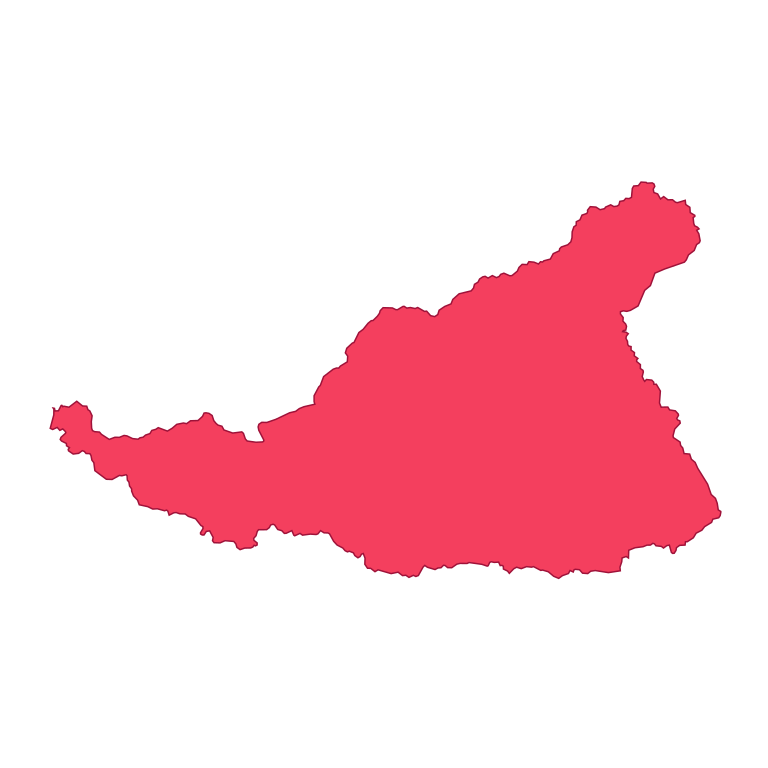 Chiure, Cabo Delgado, Mozambique (Robinson projection), rotated 179°
{"feature_id": "85939544B26812417695120", "entity_name": "Chiure", "entity_type": "district", "adm_level": 2, "iso_a3": "MOZ", "parent_name": "Mozambique", "parent_adm1": "Cabo Delgado", "projection": "robinson", "projection_center": [39.723, -13.545], "detail": "fine", "context": "isolated", "style": "filled", "palette": "rose", "viewbox_px": 768, "rotation_deg": 179, "n_neighbors": 0, "source": "geoboundaries", "source_scale": "gbopen_adm2", "svg_char_len": 6104}
<svg xmlns="http://www.w3.org/2000/svg" viewBox="0 0 768 768"><g transform="rotate(179 384 384)"><path d="M162.9,191.5L151.0,193.1L151.3,196.7L149.4,202.1L149.0,205.9L144.9,207.3L142.6,205.8L142.2,213.5L135.9,215.9L127.8,216.8L123.9,218.3L120.4,218.3L118.0,220.0L116.4,219.5L114.9,217.5L109.5,216.8L107.4,215.1L104.0,217.5L101.5,217.9L99.6,210.6L98.4,209.6L96.8,209.7L95.0,212.4L94.4,215.3L91.2,217.5L85.8,217.7L85.3,221.0L83.5,221.0L77.4,224.8L74.5,229.4L68.7,232.3L65.9,235.8L58.9,239.9L57.6,243.1L51.7,244.4L50.2,246.5L49.5,249.7L49.5,250.7L52.0,252.3L52.9,258.9L54.6,263.9L58.8,267.8L62.2,278.2L71.8,294.3L74.3,300.2L78.0,303.4L79.6,308.6L85.2,309.2L86.4,314.8L88.5,317.4L89.0,320.8L95.6,325.4L95.9,327.2L94.1,333.9L88.5,339.7L88.9,342.0L91.0,342.9L91.9,344.4L90.1,347.5L90.3,348.8L93.2,352.1L98.9,353.1L100.6,356.0L107.3,356.0L108.9,360.2L107.8,372.1L111.7,379.0L114.2,379.0L114.3,381.1L116.2,383.2L121.5,383.9L123.3,382.1L124.2,383.4L125.7,386.9L124.5,391.5L124.8,393.1L127.4,395.0L127.3,398.9L131.0,402.1L130.9,403.8L129.7,405.1L133.3,407.8L133.0,411.0L136.4,413.6L136.3,417.1L138.4,417.6L139.6,419.1L139.8,422.4L141.3,425.4L140.8,427.7L138.9,430.0L141.1,431.6L144.5,432.2L143.8,433.2L141.3,433.7L140.5,437.4L141.3,439.7L144.0,442.7L143.7,446.3L146.4,449.9L146.3,452.2L143.4,453.0L140.0,452.4L136.4,453.3L128.6,457.6L121.7,473.1L115.9,477.8L111.2,490.1L101.4,494.1L81.5,500.6L79.6,502.8L77.3,507.8L71.5,512.1L69.0,518.0L66.2,519.8L65.4,521.7L66.6,528.7L68.7,532.3L66.3,533.6L67.8,535.3L70.7,536.8L71.5,539.2L72.0,545.0L70.3,546.1L70.3,547.2L74.8,550.0L75.1,555.3L79.2,558.2L79.6,562.4L87.4,560.2L89.3,560.6L92.3,563.2L96.9,563.2L101.1,566.5L104.3,564.2L107.1,569.3L110.8,570.7L111.4,574.1L109.8,576.9L110.6,579.3L112.3,580.4L117.4,580.2L118.3,581.0L123.5,581.4L126.2,577.9L130.9,577.6L132.3,575.2L133.3,566.3L135.7,565.1L139.0,565.4L141.1,563.1L145.0,562.5L146.0,559.0L147.8,557.8L151.1,557.4L154.2,559.2L159.4,557.0L160.4,555.5L164.9,554.5L169.0,557.2L174.7,557.7L177.5,554.2L177.3,552.8L178.2,551.0L183.1,549.4L185.2,544.7L188.9,542.9L189.1,539.3L191.4,537.9L193.2,532.9L193.5,526.9L194.7,522.9L197.8,520.0L204.3,517.9L206.0,516.2L206.4,514.1L212.5,511.4L215.5,506.0L222.0,504.4L223.3,503.2L225.4,503.5L227.4,501.3L231.9,503.2L237.0,503.8L238.8,500.9L243.8,501.2L247.0,498.2L248.7,494.5L254.1,490.2L256.3,490.0L262.2,492.7L265.4,491.6L267.0,489.5L269.7,488.4L273.8,490.5L278.1,488.1L281.0,489.9L283.4,489.4L286.6,487.3L288.2,484.2L291.8,482.1L292.8,478.4L295.2,475.6L307.3,472.9L313.7,467.4L315.6,462.9L321.9,460.5L327.6,456.8L329.0,452.5L332.1,450.5L336.2,451.5L340.1,456.1L342.3,455.9L349.0,459.9L351.5,458.9L356.3,460.0L359.9,459.5L362.5,461.3L363.7,461.2L369.1,458.1L370.8,458.1L374.3,459.9L383.6,460.3L386.5,457.4L387.3,454.8L389.4,451.9L393.8,447.7L395.7,447.5L398.9,445.0L403.9,439.0L408.2,435.9L413.3,426.0L414.9,425.5L420.6,420.4L422.1,415.8L419.8,412.5L420.3,406.8L427.3,402.7L429.0,400.7L431.3,400.8L434.5,399.7L444.2,392.5L447.7,383.7L449.3,382.2L454.1,373.5L454.2,367.6L453.5,365.0L464.4,362.7L469.1,360.9L472.8,358.2L478.8,356.9L492.9,350.5L501.8,347.6L506.9,347.8L509.8,345.9L510.6,343.3L510.0,339.9L505.2,330.2L505.2,329.1L506.3,328.2L513.0,328.0L521.8,329.4L523.6,331.5L525.4,337.1L527.0,338.6L536.1,337.6L544.8,340.8L546.8,344.6L550.7,345.8L552.6,347.5L554.8,350.3L556.4,355.5L559.5,357.7L562.5,358.3L564.4,358.1L566.0,354.8L570.6,350.7L578.1,350.6L582.0,347.8L585.2,348.5L591.9,347.3L596.5,343.5L601.4,340.7L610.5,344.3L612.9,342.7L617.0,341.6L618.9,338.5L623.3,337.1L625.8,335.0L628.9,334.5L630.8,333.1L636.3,333.8L641.9,336.6L644.8,337.1L649.4,335.3L654.1,335.4L659.7,333.4L667.4,338.6L669.3,340.9L674.2,341.4L676.3,342.5L677.1,344.9L677.3,351.5L676.4,357.3L678.6,362.2L680.5,363.5L681.6,367.0L685.8,367.3L691.5,372.1L699.4,366.3L704.5,367.4L705.5,366.9L706.5,368.3L707.2,368.1L710.0,362.9L713.4,362.8L713.9,365.4L715.2,365.7L714.5,364.4L714.7,358.8L718.5,345.5L716.1,344.3L711.5,346.3L708.9,343.3L706.0,344.7L704.0,342.7L703.0,341.3L703.3,340.3L707.9,336.3L708.7,334.2L707.4,332.6L702.6,330.1L702.5,327.8L699.6,325.8L700.9,324.2L700.6,322.7L696.0,319.4L690.5,320.0L686.8,322.6L684.8,321.8L683.1,319.7L679.3,319.5L678.2,317.6L677.4,313.0L675.5,310.4L674.6,302.4L663.3,293.6L657.5,293.3L650.2,297.2L647.7,296.8L643.4,297.8L642.5,296.8L642.3,292.4L640.7,290.3L640.2,286.5L638.2,283.6L638.2,281.3L636.4,276.5L632.4,272.2L630.8,267.5L622.3,265.5L617.4,263.0L612.8,263.2L605.6,261.1L603.5,261.7L602.3,260.6L601.1,256.6L596.4,258.9L594.0,259.1L590.5,257.8L585.0,257.5L582.0,255.1L574.7,252.5L569.5,245.7L567.6,244.6L567.5,242.6L570.1,238.4L570.0,237.2L568.4,236.2L566.6,236.2L564.2,239.7L560.9,240.2L557.5,233.6L558.2,230.3L556.7,228.3L550.7,228.0L545.7,230.1L536.9,229.2L534.9,226.7L533.9,223.2L530.8,220.9L526.1,222.4L520.1,222.4L518.0,223.3L516.7,225.0L515.4,224.4L513.7,225.2L513.6,227.3L516.8,230.0L517.0,231.9L514.6,234.5L513.3,238.8L512.0,240.5L503.9,240.4L501.2,242.4L499.8,245.0L497.4,245.7L495.8,245.0L492.8,240.4L488.7,239.1L486.3,236.4L484.5,236.4L478.7,239.0L476.8,234.4L475.9,233.8L470.6,236.1L468.1,234.3L460.3,235.2L454.5,234.7L452.7,235.3L450.0,238.5L446.5,236.2L442.8,236.1L441.1,235.2L437.1,227.6L433.7,223.8L428.1,220.8L425.8,218.0L423.5,216.8L421.5,217.4L417.5,215.7L416.2,213.0L413.1,210.7L410.9,211.9L409.5,214.2L407.7,214.9L406.0,210.2L406.3,204.1L403.7,200.1L400.5,199.9L396.3,196.5L393.2,198.3L380.2,194.3L373.2,195.6L368.8,192.1L365.5,192.4L362.4,190.2L358.0,192.2L355.5,191.0L353.0,191.9L348.1,200.3L346.4,201.9L343.8,200.0L336.2,197.6L333.3,199.1L330.2,199.3L327.7,201.7L326.1,201.5L323.6,199.3L319.5,199.1L314.3,202.6L311.1,203.3L304.1,203.1L302.1,204.0L289.3,202.0L284.0,200.1L283.0,200.5L281.4,203.8L279.9,204.4L276.9,203.7L272.5,203.9L271.0,200.4L269.2,200.6L267.9,199.7L267.8,196.9L263.7,194.8L262.0,192.5L257.5,197.0L254.6,198.5L250.0,197.0L244.7,198.9L239.6,198.3L237.7,198.8L230.5,194.9L228.7,195.2L223.0,193.4L217.7,188.8L212.7,186.6L208.9,189.3L202.9,191.3L201.2,194.3L198.1,192.7L197.3,194.8L196.1,195.4L191.8,194.9L188.8,191.4L183.6,190.9L180.6,193.2L176.0,193.8L162.9,191.5Z" fill="#f43f5e" stroke="#9f1239" stroke-width="1.5"/></g></svg>